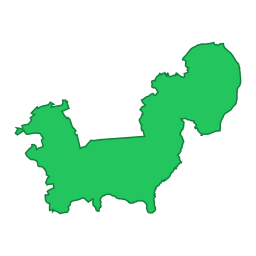 outline of Guaranda, Sucre, Colombia
{"feature_id": "7082276B46316322938304", "entity_name": "Guaranda", "entity_type": "district", "adm_level": 2, "iso_a3": "COL", "parent_name": "Colombia", "parent_adm1": "Sucre", "projection": "albers", "projection_center": [-74.667, 8.394], "detail": "fine", "context": "isolated", "style": "filled", "palette": "green", "viewbox_px": 256, "rotation_deg": 0, "n_neighbors": 0, "source": "geoboundaries", "source_scale": "gbopen_adm2", "svg_char_len": 5823}
<svg xmlns="http://www.w3.org/2000/svg" viewBox="0 0 256 256"><path d="M213.8,42.5L211.5,43.2L205.9,44.1L201.2,44.1L199.8,44.7L197.6,45.1L195.7,46.4L193.6,47.3L191.4,48.6L189.7,50.4L189.4,51.3L188.9,51.5L186.2,55.0L183.4,57.9L182.5,59.6L182.7,59.9L184.2,60.0L185.5,60.8L185.9,61.7L185.5,65.7L185.9,66.5L186.7,67.1L188.6,67.6L188.4,68.4L187.3,69.3L187.1,70.1L187.9,70.6L187.9,72.9L187.8,72.6L187.3,72.4L186.5,73.0L184.3,73.6L184.3,74.1L184.6,76.2L184.4,77.1L184.1,77.3L183.1,77.2L180.6,76.4L177.5,73.9L176.3,75.2L175.6,75.6L175.4,75.2L177.0,73.4L176.4,73.1L176.1,73.3L176.3,73.7L176.0,74.2L175.2,75.0L173.6,75.3L170.7,76.7L169.4,76.6L168.6,75.4L167.9,75.5L168.2,74.9L167.2,74.9L168.0,73.4L167.7,73.3L167.6,73.7L166.5,73.9L166.8,74.3L166.6,75.0L166.8,75.2L166.8,75.8L165.6,75.0L164.8,72.7L163.9,73.4L162.6,73.4L161.3,74.8L161.0,74.8L160.1,73.5L159.6,73.5L158.9,75.2L157.2,76.2L156.3,77.3L155.3,79.3L155.2,80.7L153.4,80.5L151.6,81.4L152.2,84.5L151.8,85.9L152.0,87.1L153.6,87.9L154.6,87.6L155.1,87.8L156.5,89.3L157.1,90.8L157.9,91.3L158.1,91.9L155.4,95.3L154.4,95.2L153.2,93.6L152.4,93.7L150.7,94.4L148.9,96.0L146.0,97.1L143.0,99.4L141.5,100.0L142.9,102.7L145.2,105.1L143.2,106.6L142.1,106.8L140.1,109.7L141.2,110.7L142.0,111.2L142.8,113.3L142.8,114.4L142.0,114.4L141.0,117.7L139.6,119.0L139.2,120.1L140.7,124.1L141.9,125.0L141.3,126.3L141.3,128.2L141.7,130.4L143.0,130.4L144.6,136.4L98.8,139.8L94.4,140.6L90.8,140.3L85.2,146.8L82.4,147.1L80.2,148.5L77.0,134.8L76.2,135.1L75.9,134.8L74.8,133.1L74.8,131.6L75.9,130.9L73.9,128.3L73.3,128.3L72.5,127.0L71.5,124.5L70.0,119.6L67.9,117.5L67.2,118.6L66.7,118.2L64.0,115.0L62.2,111.7L61.9,111.5L69.0,108.3L66.9,102.8L67.6,102.1L67.4,101.5L66.2,101.8L65.9,100.2L62.6,100.2L62.9,101.6L62.8,103.4L62.0,105.2L51.3,107.1L51.8,104.8L53.7,104.2L50.4,102.2L48.9,104.2L48.0,104.9L42.0,106.3L37.8,108.3L37.3,106.9L36.8,107.2L31.2,113.1L32.5,113.8L34.4,114.6L30.2,118.0L31.5,120.2L28.5,124.1L22.0,125.5L22.8,128.9L21.5,129.1L19.9,128.4L16.6,127.9L17.8,129.1L15.4,133.2L17.3,134.8L24.0,130.5L24.2,131.4L24.9,131.9L25.4,133.1L26.2,134.0L27.0,134.3L34.8,133.0L40.0,133.4L43.2,138.3L41.5,140.1L43.2,146.5L40.6,147.6L38.9,148.0L36.4,149.6L36.0,146.4L34.3,144.6L31.9,144.6L32.0,146.8L29.0,149.1L25.5,153.2L26.9,156.0L29.8,158.7L31.4,159.6L33.0,159.5L34.1,159.8L35.9,160.5L37.0,161.3L37.6,163.0L37.9,165.5L38.3,166.2L39.2,166.5L41.1,166.6L42.4,167.0L44.9,169.2L45.1,169.5L44.8,169.6L45.6,170.7L46.5,172.7L46.3,174.7L49.2,176.4L48.7,177.2L47.8,177.6L45.7,182.7L47.1,184.9L48.0,184.5L53.1,183.8L54.1,187.7L49.8,189.7L47.3,191.3L48.9,194.7L47.8,194.9L45.5,194.9L45.0,195.5L45.3,196.1L45.5,200.0L46.3,201.6L47.2,202.6L48.8,203.4L49.7,203.4L49.5,209.6L49.8,210.5L52.6,209.5L52.6,211.7L54.1,210.2L58.4,212.3L59.8,213.5L64.5,212.5L67.1,212.3L67.5,212.0L68.7,209.8L68.8,208.9L68.2,206.9L68.7,206.8L68.8,206.0L69.9,205.4L70.6,202.5L71.9,201.2L74.3,200.5L75.9,200.3L79.6,199.3L81.4,198.4L83.9,197.9L88.3,202.1L93.5,198.5L93.1,199.1L93.2,200.4L92.8,202.2L93.2,203.3L92.9,204.4L93.1,205.1L95.7,207.7L95.9,209.6L96.8,210.6L97.2,211.0L98.8,211.2L99.1,210.9L98.9,210.1L99.2,208.5L99.7,207.7L100.3,207.6L101.0,206.8L100.8,204.7L100.5,204.0L101.0,202.0L100.3,200.5L99.7,200.0L100.6,198.9L100.6,198.3L102.3,196.3L105.1,195.1L106.2,194.4L109.2,194.2L111.1,194.8L112.2,195.7L114.6,196.1L115.3,196.6L116.5,197.9L117.3,198.3L119.4,198.8L121.5,198.7L122.5,199.3L124.1,199.2L125.6,199.7L127.5,201.1L128.4,201.4L128.7,202.2L129.1,202.3L129.2,202.7L130.4,203.1L132.8,203.0L133.5,202.5L134.1,202.5L134.4,201.9L136.2,201.7L137.3,201.0L142.1,200.6L144.2,201.8L145.3,202.7L146.9,204.8L146.6,208.3L147.2,209.5L147.3,210.8L148.2,212.2L149.6,212.9L152.5,212.7L154.5,211.1L155.4,209.7L155.5,208.6L155.3,207.4L154.6,206.0L154.2,203.8L154.5,202.1L154.0,200.4L153.8,198.6L154.6,197.0L155.2,196.8L155.3,196.5L154.7,195.6L154.0,195.2L154.5,194.9L155.0,194.2L155.0,193.9L154.5,193.8L154.3,193.4L154.3,192.5L154.7,191.2L155.1,190.5L155.1,189.6L155.6,189.3L155.5,188.9L155.9,188.8L155.7,188.3L155.9,187.8L155.8,187.3L157.5,186.3L159.3,184.8L160.0,183.2L161.1,182.8L161.2,182.4L161.8,181.7L162.3,180.6L162.9,181.0L163.3,180.5L163.5,180.9L164.1,181.2L164.5,180.5L165.1,180.3L165.2,179.6L166.1,179.7L166.2,179.4L166.8,179.1L167.8,178.0L168.4,178.0L170.2,175.5L170.4,173.8L171.3,173.3L171.8,172.5L172.5,172.2L172.6,171.7L173.9,169.9L174.2,169.4L174.1,168.8L174.6,167.9L175.0,167.8L175.6,168.7L176.4,168.6L176.4,167.0L177.4,166.2L178.1,164.6L179.3,163.8L180.1,162.8L181.0,162.9L181.4,162.6L181.5,162.1L180.5,161.3L179.6,159.3L179.4,157.1L178.5,156.3L177.8,154.9L178.6,154.4L178.9,153.8L180.7,151.4L180.9,150.6L180.7,149.4L182.1,147.5L182.2,146.0L182.1,145.3L182.6,144.8L182.8,143.2L183.5,142.3L183.7,141.5L181.9,136.6L179.9,134.3L180.7,133.3L180.7,132.1L181.5,130.9L182.0,129.4L182.7,129.5L182.9,129.2L183.0,128.2L183.7,126.4L183.6,124.2L184.0,123.0L183.7,121.7L181.6,120.1L181.0,118.7L182.6,119.0L183.8,118.6L186.0,118.5L187.5,119.7L189.9,119.9L191.0,120.7L193.2,120.8L194.0,121.2L193.7,122.2L196.3,124.7L196.4,125.1L196.3,125.5L195.1,126.8L194.9,127.2L195.0,127.8L195.4,128.5L195.8,128.6L196.5,127.9L197.0,128.0L197.6,129.0L197.9,130.4L199.4,132.3L201.4,134.0L201.5,134.5L201.2,135.2L202.2,135.2L203.1,134.1L208.1,134.1L208.7,133.7L209.2,133.8L215.9,131.1L220.0,130.8L219.9,129.7L220.1,129.6L220.4,127.5L220.2,124.8L220.4,123.4L221.3,120.3L223.1,117.0L223.9,115.0L224.9,113.7L230.2,110.3L231.2,109.4L232.8,106.9L235.3,104.5L236.1,102.9L237.0,98.6L236.9,93.3L237.2,92.0L237.1,89.2L240.0,85.0L240.1,84.0L240.5,83.2L240.6,81.9L240.5,77.3L240.1,75.2L240.1,72.8L239.3,68.4L239.7,68.3L238.6,64.6L238.7,64.2L235.7,60.8L235.2,59.5L233.9,57.8L232.9,55.9L231.1,53.8L230.9,53.2L226.0,49.2L225.9,48.7L224.7,47.9L223.4,45.0L223.4,43.6L220.1,43.8L218.2,45.5L217.0,44.7L214.8,44.7L214.4,44.3L213.8,42.5Z" fill="#22c55e" stroke="#15803d" stroke-width="1.5"/></svg>